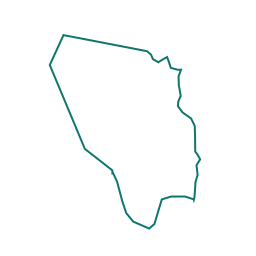 outline of Åmål, Västra Götaland, Sweden, rotated 170°
{"feature_id": "70781695B68260395604399", "entity_name": "Åmål", "entity_type": "district", "adm_level": 2, "iso_a3": "SWE", "parent_name": "Sweden", "parent_adm1": "Västra Götaland", "projection": "mercator", "projection_center": [12.59, 58.965], "detail": "fine", "context": "isolated", "style": "outline", "palette": "teal", "viewbox_px": 256, "rotation_deg": 170, "n_neighbors": 0, "source": "geoboundaries", "source_scale": "gbopen_adm2", "svg_char_len": 674}
<svg xmlns="http://www.w3.org/2000/svg" viewBox="0 0 256 256"><g transform="rotate(170 128 128)"><path d="M75.7,45.8L74.5,48.5L72.2,57.7L71.0,62.8L67.6,69.7L67.0,79.4L62.4,84.6L64.2,89.8L65.9,93.2L63.6,106.9L61.9,118.4L64.2,126.4L71.6,133.9L75.0,140.7L73.9,145.3L70.5,150.5L70.5,161.3L69.3,169.9L65.7,176.2L69.1,176.8L75.4,179.8L76.5,187.5L77.2,191.1L82.3,189.3L86.7,187.5L91.5,191.5L92.6,196.3L95.9,200.3L174.7,230.4L175.4,230.7L194.1,203.6L174.1,114.9L150.8,89.0L151.2,86.0L150.5,86.1L148.1,77.1L146.3,56.6L144.5,44.5L139.1,34.9L124.6,25.3L118.6,28.9L110.8,44.5L107.1,51.8L97.5,53.0L83.7,50.6L75.8,46.4L75.7,45.8Z" fill="none" stroke="#0f766e" stroke-width="2"/></g></svg>